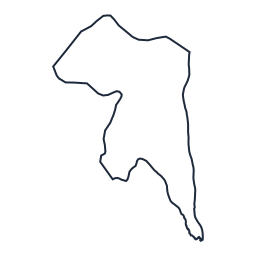 Mongoumba, Lobaye, Central African Republic
{"feature_id": "33826404B21321520993489", "entity_name": "Mongoumba", "entity_type": "district", "adm_level": 2, "iso_a3": "CAF", "parent_name": "Central African Republic", "parent_adm1": "Lobaye", "projection": "robinson", "projection_center": [18.556, 3.707], "detail": "fine", "context": "isolated", "style": "outline", "palette": "slate", "viewbox_px": 256, "rotation_deg": 0, "n_neighbors": 0, "source": "geoboundaries", "source_scale": "gbopen_adm2", "svg_char_len": 3504}
<svg xmlns="http://www.w3.org/2000/svg" viewBox="0 0 256 256"><path d="M156.6,38.1L148.0,40.3L138.6,39.7L132.7,37.0L127.2,32.4L118.8,25.5L114.1,19.4L110.5,15.6L107.5,15.4L103.2,15.9L96.6,21.1L91.2,26.1L81.1,31.5L65.9,50.8L53.2,66.5L56.7,75.5L58.9,78.4L65.5,82.4L74.5,82.6L87.0,83.4L98.2,93.5L103.2,95.5L108.1,94.9L112.7,92.8L116.6,91.2L119.5,91.8L121.7,94.5L121.5,96.4L120.0,99.3L116.1,105.0L115.2,109.4L113.7,114.4L110.2,122.9L105.1,130.5L103.6,139.1L104.8,144.7L105.4,151.4L104.9,153.5L101.2,155.6L100.2,161.8L112.7,179.3L114.7,178.3L117.2,177.9L119.5,178.6L121.5,179.7L123.7,180.3L126.1,181.0L127.5,179.4L128.3,177.2L128.9,174.5L129.4,172.0L130.6,170.1L132.1,168.5L133.7,167.2L135.5,166.0L136.4,163.7L137.0,161.1L138.1,159.3L139.8,158.6L142.3,158.9L144.3,159.9L146.3,160.9L147.8,162.6L149.2,164.1L150.6,165.7L151.9,167.3L153.3,169.0L154.7,170.6L156.5,171.9L157.9,173.5L159.6,174.8L161.2,176.1L162.6,177.7L164.0,179.3L165.2,181.2L166.0,183.5L166.9,185.7L167.1,188.6L167.4,191.5L168.0,194.1L168.8,196.4L169.6,198.6L170.5,200.8L171.9,202.5L173.5,203.7L175.3,205.0L177.0,206.4L178.6,207.7L179.8,209.6L180.2,210.9L180.3,211.2L180.7,212.3L181.5,214.1L182.7,214.7L183.3,215.1L183.5,215.5L184.1,216.9L184.2,218.0L184.6,218.2L185.0,218.7L185.6,220.0L185.8,220.7L185.9,222.3L185.7,223.9L185.9,224.6L186.0,225.0L186.3,225.3L186.4,225.5L186.2,225.8L186.4,226.2L186.6,226.5L186.9,227.1L186.9,227.6L187.1,228.2L187.7,229.0L187.9,229.3L188.1,229.2L188.3,229.0L188.5,229.2L188.7,229.7L188.7,230.1L188.8,230.4L189.2,230.8L189.4,231.1L189.3,231.3L189.4,231.6L189.4,232.1L189.3,232.4L189.4,232.5L189.5,232.7L189.3,232.8L189.3,233.0L189.7,233.5L190.2,233.8L190.4,234.3L190.5,234.7L190.6,235.0L190.8,235.4L191.1,235.4L191.5,235.3L192.0,235.4L192.5,235.7L193.0,236.3L193.4,236.8L194.1,237.1L194.4,237.9L194.6,238.3L194.9,238.3L195.0,238.2L195.3,238.3L195.5,238.7L195.5,239.2L195.9,239.4L196.1,239.3L196.2,239.2L196.6,239.0L197.0,238.9L197.3,238.7L197.5,238.4L197.7,238.2L197.8,238.0L198.3,238.0L198.5,238.0L198.5,237.6L198.7,237.3L198.7,237.1L199.0,237.0L199.1,237.3L199.1,237.5L199.5,237.6L199.9,237.9L200.2,238.1L200.4,238.5L200.8,238.9L201.0,239.0L201.0,239.3L201.0,239.6L200.6,240.0L200.4,239.9L200.3,239.7L200.2,240.0L200.2,240.3L200.6,240.6L200.9,240.1L201.1,240.3L201.3,240.2L201.3,240.3L201.3,240.5L201.6,240.4L201.7,240.2L201.3,240.0L201.2,239.9L201.3,239.8L201.7,239.7L201.8,239.7L202.0,239.9L202.7,239.7L202.8,236.5L202.7,234.3L202.6,232.7L202.4,231.5L202.1,230.0L201.6,228.1L201.1,226.8L200.0,225.0L199.3,223.9L198.3,222.6L197.4,221.2L195.3,217.5L194.9,216.0L194.6,214.1L194.5,212.6L194.4,210.9L194.1,208.7L194.7,207.7L194.6,206.0L194.3,204.0L194.5,202.5L194.8,200.0L194.9,197.8L195.1,194.7L195.1,192.8L195.3,190.3L195.1,188.0L194.5,185.5L194.1,183.3L193.7,180.7L193.4,177.9L193.5,175.3L193.7,170.7L193.6,168.7L193.3,166.6L192.8,164.8L192.4,162.9L192.0,160.7L191.8,159.7L191.3,157.9L190.6,156.2L190.1,154.7L189.3,151.6L189.0,149.2L188.5,144.0L188.5,140.4L188.6,137.9L188.4,135.6L188.1,132.2L188.1,129.4L188.1,127.1L188.1,124.6L187.9,122.4L187.6,119.4L187.1,115.8L186.7,114.1L186.6,112.5L186.5,111.9L186.2,110.7L185.7,109.4L185.1,107.6L184.6,104.8L184.0,102.4L183.5,99.7L183.1,96.9L182.9,95.0L183.0,93.5L183.4,92.0L184.0,88.7L184.5,87.2L185.1,86.0L185.8,84.6L186.2,83.8L187.6,80.9L188.1,79.2L188.7,77.4L189.2,75.4L189.4,73.9L189.2,72.1L189.2,70.4L189.2,68.7L188.9,66.7L188.7,63.7L189.0,58.4L189.1,55.7L189.3,53.6L189.6,52.1L169.8,38.7L165.8,36.6L156.6,38.1Z" fill="none" stroke="#1e293b" stroke-width="2"/></svg>